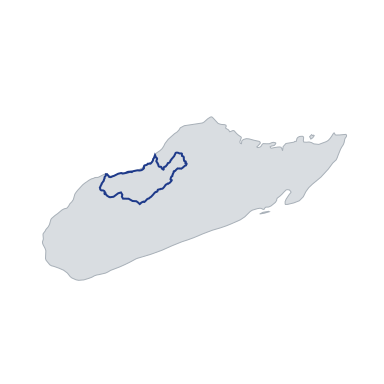 Menabe highlighted on a map of Madagascar, rotated 53°
{"feature_id": "MDG-5878", "entity_name": "Menabe", "entity_type": "Autonomous Province", "adm_level": 1, "iso_a3": "MDG", "parent_name": "Madagascar", "parent_adm1": "", "projection": "natural_earth1", "projection_center": [45.071, -20.047], "detail": "fine", "context": "in_parent", "style": "outline", "palette": "blue", "viewbox_px": 384, "rotation_deg": 53, "n_neighbors": 0, "source": "natural_earth", "source_scale": "10m", "svg_char_len": 8800}
<svg xmlns="http://www.w3.org/2000/svg" viewBox="0 0 384 384"><g transform="rotate(53 192 192)"><path d="M245.2,42.6L246.1,45.1L247.1,47.4L250.5,53.1L251.9,55.2L253.1,57.5L253.6,62.2L255.7,69.3L257.7,80.1L258.2,91.2L258.8,96.2L260.3,101.0L262.8,106.0L263.6,111.5L262.0,117.2L259.7,122.5L259.2,123.5L258.1,124.9L257.6,124.8L255.8,123.5L254.4,121.2L252.5,115.9L251.9,113.2L251.1,112.8L248.9,113.0L247.3,114.7L247.0,115.7L247.4,118.7L247.9,121.4L248.2,124.2L248.2,127.6L248.8,128.7L249.7,129.5L250.5,131.8L250.7,137.2L250.1,139.9L248.5,142.2L248.6,143.5L249.2,144.9L248.6,145.7L246.6,146.7L245.8,147.6L244.6,149.9L242.8,154.8L242.6,157.3L243.6,164.8L243.3,170.2L240.9,180.4L239.6,185.2L237.7,191.0L234.8,198.7L232.0,208.3L229.5,218.2L227.7,224.1L225.7,229.9L222.9,240.3L220.5,250.8L217.0,262.3L212.2,275.2L211.7,276.9L210.7,283.5L209.6,289.2L208.3,294.9L205.6,304.2L205.3,307.1L204.7,309.9L202.1,315.8L201.0,317.9L200.2,320.3L199.8,323.2L199.0,326.0L197.1,331.3L194.3,335.7L192.4,337.4L188.3,339.7L186.3,340.2L181.7,340.3L177.2,341.6L172.6,344.2L168.1,347.2L166.4,348.6L164.5,349.4L158.6,349.6L156.9,349.0L151.0,344.1L148.7,343.3L144.4,342.6L143.1,342.2L141.9,341.5L140.1,339.0L136.6,336.8L135.8,336.1L135.3,334.6L134.9,333.0L134.0,331.2L133.3,327.8L132.2,325.4L129.0,321.2L128.6,319.9L128.3,315.4L128.4,312.3L128.1,306.8L128.5,304.2L129.6,301.8L129.1,299.3L127.9,296.6L127.5,293.8L126.6,291.3L123.2,286.8L122.4,284.5L121.8,282.2L120.5,275.0L120.4,272.5L120.6,267.2L121.0,264.4L121.8,262.5L122.0,261.1L122.6,259.9L123.4,258.9L123.9,257.8L125.1,251.0L126.7,249.5L129.1,248.6L131.0,246.8L132.1,244.4L133.2,239.5L136.1,234.6L137.2,232.0L139.6,228.1L141.7,222.7L142.4,220.1L142.9,217.4L143.4,211.6L143.8,208.8L143.7,205.9L142.5,203.0L139.6,197.6L139.5,196.6L139.7,192.7L139.4,189.8L138.4,187.0L137.0,184.3L135.6,179.3L134.9,171.0L135.1,168.0L134.7,165.3L133.7,162.7L134.4,158.3L143.1,142.2L143.4,140.3L143.0,135.4L143.2,132.6L143.5,131.5L144.2,130.9L145.7,130.6L152.8,129.9L153.7,129.4L155.5,128.1L157.9,125.4L159.0,124.7L160.0,125.0L160.6,126.1L161.4,126.7L164.3,125.5L165.4,125.5L166.5,125.7L167.0,124.6L167.3,123.1L167.7,122.1L168.5,121.5L172.2,121.2L174.6,120.7L177.6,119.7L178.3,119.9L180.7,123.6L181.4,123.9L182.4,124.1L183.2,123.4L181.2,121.5L181.0,120.4L181.1,119.1L182.1,116.5L183.9,114.5L187.9,111.4L192.0,107.9L193.2,107.6L194.2,108.2L195.0,112.4L194.9,113.0L195.6,113.1L196.3,112.6L197.0,110.9L197.1,109.5L196.5,108.2L196.2,107.0L196.2,106.0L198.3,103.5L200.0,101.2L200.7,98.3L201.4,97.0L203.1,95.6L203.6,95.8L204.1,97.0L204.3,98.3L203.8,99.5L203.2,100.7L202.9,102.4L203.9,102.7L204.8,102.3L206.2,99.3L207.7,96.5L208.7,95.0L209.8,94.0L211.7,94.2L213.6,94.9L210.6,91.9L209.8,87.8L213.5,80.7L213.5,79.3L214.0,78.8L214.3,78.3L212.4,75.9L212.1,74.7L212.3,72.9L213.2,71.3L214.0,70.2L215.2,69.8L216.1,70.4L218.1,72.3L219.5,72.6L221.1,70.7L222.5,68.4L224.5,66.8L226.8,65.8L230.3,62.1L232.6,54.4L232.8,52.1L232.3,49.4L231.5,46.8L230.2,43.5L230.5,42.8L232.4,43.2L233.1,42.8L235.2,39.9L238.6,34.4L239.7,34.4L240.7,35.4L241.1,36.9L241.7,38.1L244.0,40.7L245.2,42.6ZM221.2,64.3L221.3,65.2L218.6,64.8L218.2,61.9L219.5,61.8L219.8,60.6L220.6,60.5L221.4,63.1L221.2,64.3ZM252.5,146.9L250.3,151.2L250.9,147.6L253.5,142.5L254.3,142.1L252.5,146.9Z" fill="#d9dde1" stroke="#a8b0b8" stroke-width="1"/><path d="M125.9,249.9L126.5,249.6L126.7,249.1L126.8,249.1L127.9,249.1L128.6,248.9L129.0,249.0L129.3,249.1L129.7,249.2L130.2,249.0L130.8,248.5L131.2,247.9L131.4,247.3L131.5,246.6L132.2,244.4L133.0,239.9L134.2,237.2L134.6,236.7L135.3,236.6L135.6,236.2L136.7,234.0L136.9,233.0L137.1,231.9L137.4,230.9L137.9,230.1L137.9,230.4L138.0,230.8L138.5,229.5L138.8,229.1L139.6,228.4L139.9,228.0L139.8,227.3L140.0,226.4L141.5,223.2L141.9,222.5L143.1,221.2L143.5,220.5L143.9,219.8L144.2,218.9L144.3,218.2L144.3,217.2L144.2,216.4L143.8,216.4L143.6,215.7L143.4,215.5L143.1,215.5L143.0,215.4L142.7,215.1L142.5,214.8L142.3,214.4L142.2,214.0L142.3,213.7L142.6,212.9L142.8,212.6L142.9,212.3L143.0,211.9L143.0,211.1L142.9,210.8L142.9,210.6L142.8,210.4L142.9,210.1L143.3,209.8L143.4,209.6L143.5,209.2L143.6,208.8L143.7,208.6L144.1,208.5L144.4,208.1L144.3,207.2L143.9,205.6L143.6,204.9L143.3,204.2L142.3,203.2L142.2,202.9L142.0,202.1L141.6,201.4L140.2,199.3L140.7,199.4L141.5,199.7L142.2,199.8L142.6,200.0L142.8,200.0L143.4,199.8L143.6,199.7L143.8,199.7L144.0,199.7L144.2,199.8L144.5,199.9L144.6,200.0L144.9,200.4L145.7,201.7L145.8,201.9L146.0,202.0L146.5,202.1L147.3,202.0L147.7,202.2L148.0,202.2L148.3,202.1L148.7,202.3L148.8,202.4L149.2,202.3L149.4,202.3L150.0,202.5L150.4,202.8L150.6,202.9L151.0,203.0L151.5,203.1L152.1,202.9L152.4,202.7L152.6,202.5L152.8,202.1L152.9,201.8L153.2,201.6L153.4,201.5L153.7,201.5L153.9,201.5L154.3,201.7L154.8,201.8L155.0,201.9L155.1,202.0L155.4,201.9L155.7,201.8L156.1,201.7L156.5,201.6L156.9,201.4L156.9,201.1L156.8,200.9L156.6,200.8L155.8,200.1L155.6,199.9L155.4,199.5L155.3,199.3L155.3,199.1L155.3,198.8L155.5,198.4L155.7,198.1L155.8,197.8L155.7,197.5L155.7,197.3L155.6,197.0L155.5,196.8L155.3,195.7L155.2,195.3L155.1,195.0L155.0,194.8L154.9,194.6L154.7,194.5L154.6,194.4L154.5,194.2L154.4,194.0L154.5,193.7L154.6,193.4L154.8,192.9L154.9,192.5L154.9,192.2L154.7,191.4L154.7,191.2L154.5,190.9L154.1,190.5L153.8,189.9L153.8,189.7L153.8,189.4L153.8,189.1L153.7,188.9L153.5,188.6L153.4,188.4L153.3,188.2L153.3,187.7L153.2,187.3L152.7,185.0L152.7,184.8L152.6,184.6L152.1,183.8L152.0,183.6L151.9,183.2L151.1,181.9L151.0,181.7L151.0,181.2L151.4,180.4L151.5,180.3L152.3,179.5L152.8,179.2L153.3,179.0L153.6,178.9L153.8,178.6L154.0,178.3L154.3,178.0L154.5,177.6L154.9,177.3L155.0,177.1L155.3,177.0L155.8,177.4L156.4,177.7L156.6,177.9L156.8,178.1L157.1,178.3L157.4,178.2L157.8,177.9L158.5,177.5L158.8,177.5L159.1,177.6L159.6,177.8L159.8,178.0L160.1,178.2L160.4,178.5L160.6,178.6L162.3,179.5L162.6,179.5L162.9,179.4L163.3,179.1L163.4,178.9L163.5,178.8L163.7,178.7L163.9,178.7L164.3,178.9L164.4,179.1L164.5,179.3L164.6,179.5L164.8,179.8L165.0,179.9L165.6,179.3L166.0,179.2L166.3,179.4L166.5,179.6L167.0,180.6L167.1,180.8L167.1,181.0L166.8,181.4L166.8,181.5L166.8,182.4L167.0,185.2L166.9,186.4L166.9,186.6L166.4,187.0L166.2,187.2L166.0,187.6L165.9,187.6L165.7,187.8L165.5,188.0L165.3,188.4L165.0,188.8L164.6,189.2L164.5,189.3L164.5,189.5L164.6,190.1L164.7,191.3L164.8,191.9L165.0,192.6L165.0,192.8L164.9,192.9L164.7,193.4L164.6,193.6L164.5,194.0L164.6,194.3L165.0,194.5L165.3,194.7L165.4,195.0L165.8,196.0L165.9,196.3L166.3,196.6L166.5,196.9L166.6,197.3L166.7,197.5L166.8,197.6L167.2,197.8L167.3,197.9L167.4,198.0L167.5,198.2L167.5,198.3L167.4,198.6L167.3,198.8L167.3,199.1L167.4,199.4L167.6,199.6L167.8,200.0L168.0,200.4L168.2,200.7L168.6,201.1L168.8,201.3L168.9,201.5L169.1,201.6L169.3,201.6L169.9,201.3L170.2,201.2L170.3,201.1L170.6,201.3L170.6,201.5L170.7,201.9L170.9,202.3L170.9,202.7L171.1,203.4L171.2,203.8L171.2,204.5L171.1,205.1L171.1,205.8L171.1,206.0L170.7,206.2L170.6,206.3L170.6,206.5L170.6,207.7L170.6,207.9L170.4,208.3L170.4,208.6L170.4,208.8L170.5,209.0L170.7,209.4L170.9,210.2L171.3,211.4L171.3,211.6L171.4,212.0L171.5,212.7L171.6,212.9L171.5,213.8L171.4,214.1L171.3,214.3L170.9,214.7L170.8,215.0L170.7,215.1L170.7,215.5L170.6,215.9L170.1,216.5L170.0,217.3L169.9,217.5L169.8,217.9L169.7,218.0L169.8,218.2L169.9,218.4L170.0,218.6L170.3,218.8L170.5,219.0L170.7,219.3L170.6,219.7L170.6,219.8L170.6,220.2L170.6,220.3L170.2,220.7L170.2,220.8L170.1,221.1L170.1,221.5L170.1,221.9L170.1,222.1L170.2,222.3L170.3,222.5L170.3,223.1L170.3,223.3L170.4,223.6L170.6,224.0L170.8,225.2L170.9,225.6L170.9,225.8L171.2,227.4L171.2,227.7L171.2,227.9L171.1,228.2L171.1,228.5L171.1,228.8L171.2,229.7L171.2,230.1L171.2,230.4L170.9,230.8L170.9,231.4L170.8,231.6L170.7,232.0L171.2,234.7L171.3,235.8L171.3,236.1L171.2,236.2L171.0,236.3L170.7,236.3L170.5,236.5L170.4,236.6L170.4,237.2L170.3,237.3L170.2,237.6L170.2,237.8L170.0,238.4L170.0,239.1L170.0,239.4L170.1,239.6L170.2,240.2L170.2,240.5L170.2,241.0L167.9,241.4L165.9,242.0L163.4,244.9L159.2,246.7L157.2,249.3L155.8,251.1L153.5,250.8L152.3,249.3L149.6,249.0L148.6,251.7L148.6,257.5L146.8,260.7L146.3,260.9L145.9,261.3L145.2,261.5L144.2,262.0L142.7,262.1L142.0,262.3L141.5,262.7L141.3,262.1L141.2,261.9L140.9,261.8L140.7,262.1L140.3,262.6L140.1,262.6L139.8,261.9L139.2,261.5L138.4,261.5L137.7,261.8L137.1,262.2L136.8,262.6L136.3,263.3L136.0,263.5L135.3,263.7L134.9,263.7L134.4,263.6L134.0,263.3L133.9,263.2L133.6,263.1L133.4,263.0L133.1,263.0L132.9,262.8L132.8,262.6L132.7,262.0L132.6,261.8L132.1,261.2L131.8,260.6L131.7,260.2L131.6,259.9L131.5,259.6L130.8,259.0L130.7,258.4L130.6,257.9L130.5,257.5L130.1,256.8L130.1,256.5L130.0,256.0L130.0,255.8L129.9,255.6L129.3,255.1L128.9,254.6L128.7,254.1L128.6,253.8L128.4,253.5L127.6,253.0L127.4,252.6L127.2,251.4L127.1,251.1L126.9,250.9L126.2,250.4L125.9,250.0L125.9,249.9Z" fill="none" stroke="#1e3a8a" stroke-width="2"/></g></svg>